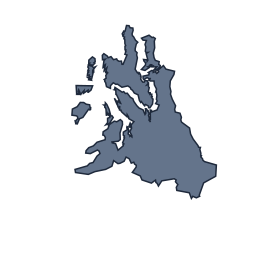 the district of Gildeskål nor, Nordland, Norway, rotated 334°
{"feature_id": "86288312B17859654216493", "entity_name": "Gildeskål nor", "entity_type": "district", "adm_level": 2, "iso_a3": "NOR", "parent_name": "Norway", "parent_adm1": "Nordland", "projection": "albers", "projection_center": [14.061, 66.984], "detail": "fine", "context": "isolated", "style": "filled", "palette": "slate", "viewbox_px": 256, "rotation_deg": 334, "n_neighbors": 0, "source": "geoboundaries", "source_scale": "gbopen_adm2", "svg_char_len": 5852}
<svg xmlns="http://www.w3.org/2000/svg" viewBox="0 0 256 256"><g transform="rotate(334 128 128)"><path d="M187.2,87.4L179.9,89.3L180.2,90.9L177.8,91.6L177.3,90.1L178.0,89.3L175.0,89.1L175.8,87.5L174.5,86.7L170.5,87.0L171.1,88.1L169.9,89.4L164.2,88.0L163.2,90.4L163.4,91.5L167.3,91.0L168.5,93.0L170.2,93.4L167.8,94.0L168.6,95.5L172.0,97.2L170.6,100.8L170.7,105.5L168.8,107.7L169.2,107.8L168.3,111.3L166.1,114.7L166.1,116.5L163.5,118.2L166.1,121.0L162.0,124.5L156.3,123.9L156.9,122.5L155.9,121.6L151.9,130.1L151.0,130.3L150.8,132.5L150.3,130.2L151.5,128.5L151.9,125.7L153.3,124.3L153.4,121.5L154.0,120.6L153.1,121.1L153.0,118.9L152.1,118.3L150.4,122.6L149.2,123.3L149.5,118.3L146.7,114.9L145.7,111.8L144.9,106.6L145.2,103.8L143.6,101.4L142.6,96.4L140.7,95.8L140.1,93.4L138.5,93.3L134.1,85.8L133.3,86.8L133.7,87.6L132.4,87.6L133.6,88.7L131.9,92.5L132.3,92.7L132.2,102.5L131.7,102.0L131.2,98.5L131.0,99.9L129.1,101.1L129.6,99.9L128.8,95.3L128.5,101.0L129.0,100.7L128.9,102.2L128.3,104.4L128.4,106.1L130.2,104.6L128.3,108.1L129.6,109.1L129.2,109.9L129.5,111.2L132.0,117.4L133.1,115.6L133.3,118.5L132.8,119.9L136.1,124.9L132.1,126.6L132.1,124.5L129.3,127.2L130.1,128.2L131.4,126.4L132.0,127.1L131.1,129.8L128.0,132.1L128.1,136.7L127.6,137.7L126.8,136.0L126.1,136.2L126.4,135.3L125.5,133.4L127.8,130.1L128.1,126.8L127.7,126.3L126.9,127.4L126.9,128.7L127.7,128.1L127.0,129.1L122.0,129.7L120.6,132.3L120.9,133.5L121.7,133.0L120.1,135.0L120.5,135.4L116.6,139.0L117.3,140.5L116.2,140.7L116.0,141.9L109.3,143.6L110.0,136.7L107.3,134.4L107.5,133.5L113.4,135.6L116.0,135.0L118.6,129.0L124.6,122.5L125.8,119.6L124.8,117.1L120.6,117.5L118.7,115.8L112.7,116.8L109.6,119.8L104.0,120.5L102.3,123.3L103.3,124.2L103.5,126.6L102.3,128.5L93.9,127.2L89.1,128.9L84.1,128.5L80.4,130.0L79.0,132.0L82.9,134.5L90.9,134.4L91.9,136.2L91.6,138.7L87.8,139.7L81.5,143.7L78.0,143.0L74.8,144.2L62.2,142.0L61.3,145.0L72.0,152.3L79.1,152.7L89.8,155.4L96.8,155.3L100.8,151.0L103.3,155.6L105.3,156.2L109.9,156.2L113.5,153.3L115.6,156.1L115.5,161.0L118.2,161.3L118.1,163.3L119.1,165.1L118.2,166.7L112.4,169.8L118.0,176.4L117.8,180.8L124.9,187.8L129.9,186.9L129.2,189.2L129.9,190.5L129.9,193.5L135.2,190.3L147.3,193.9L148.5,195.8L147.1,197.1L148.0,200.7L145.4,202.5L144.5,205.5L154.7,213.1L154.1,219.1L156.3,217.8L158.8,220.7L162.5,220.8L162.5,219.7L171.9,210.5L185.7,209.8L191.2,200.0L182.1,191.8L181.2,189.9L181.5,188.2L180.8,185.8L181.9,185.1L181.4,184.4L182.4,182.7L183.2,178.7L184.6,177.2L183.0,176.2L183.2,174.5L181.7,166.6L181.6,160.9L183.3,155.0L178.7,146.2L179.0,143.9L180.7,141.8L181.2,137.5L177.5,134.4L178.1,131.7L180.5,128.9L180.4,121.5L181.0,116.3L182.6,114.0L183.7,109.2L186.7,104.2L192.7,100.1L194.7,97.4L187.9,91.7L187.2,87.4ZM171.6,35.2L167.9,39.6L166.8,39.1L166.6,40.7L166.3,39.3L164.1,40.8L163.9,42.4L165.0,42.2L163.7,43.6L164.8,44.8L163.4,46.0L164.0,46.8L162.2,50.8L162.0,53.0L161.1,53.2L159.7,56.2L160.3,56.8L159.5,57.5L159.8,58.1L157.5,60.4L159.1,61.9L151.5,68.6L150.5,68.1L151.4,65.0L149.2,64.1L148.1,62.5L148.1,60.9L144.9,60.2L144.0,56.4L140.9,56.1L141.0,54.4L138.9,50.6L136.8,51.4L135.0,55.5L137.7,56.2L135.9,56.9L132.0,62.8L133.5,62.9L134.4,61.6L134.6,61.6L135.3,61.0L135.5,61.0L131.8,65.9L135.3,64.7L133.4,66.9L133.6,68.7L132.3,67.6L132.2,68.6L133.7,69.5L131.1,71.0L130.1,73.7L127.8,74.0L128.1,75.0L127.5,76.1L127.8,77.3L126.8,81.4L129.6,84.7L130.8,82.3L134.6,80.9L136.2,83.4L137.8,84.0L140.4,88.7L146.3,90.1L147.8,92.7L147.6,94.3L148.6,96.2L149.0,99.4L151.6,102.6L150.3,108.3L150.6,110.6L151.6,110.1L152.7,116.0L153.1,114.6L154.1,114.5L156.0,117.3L155.4,118.8L156.5,119.5L160.6,117.1L163.2,113.0L162.7,112.3L162.9,111.0L164.1,109.8L162.3,110.8L164.2,108.1L163.0,107.5L163.6,105.4L162.4,106.9L162.1,104.4L164.8,101.0L164.5,99.8L165.5,97.9L163.8,97.6L166.2,96.5L165.9,95.6L166.3,94.3L164.1,92.8L162.5,93.9L161.3,93.1L160.8,89.7L162.2,87.8L161.9,87.2L162.5,86.5L162.5,83.6L161.5,84.1L161.4,82.4L160.6,82.5L160.2,78.3L167.2,69.1L167.8,66.1L169.2,64.3L168.3,61.7L169.3,59.8L172.3,56.1L174.4,55.2L173.2,52.4L173.0,48.1L172.4,47.1L172.9,45.2L175.4,42.5L176.2,40.3L173.8,38.8L173.8,36.5L171.6,35.2ZM189.7,61.5L191.8,59.5L190.5,57.4L189.3,57.3L187.6,53.8L179.5,53.2L180.0,55.6L182.9,57.4L179.9,60.4L179.5,63.1L177.2,66.6L177.3,68.1L179.0,68.8L176.9,69.1L175.6,75.8L174.5,76.4L175.0,75.1L172.0,73.2L171.7,74.8L172.3,77.2L171.3,79.1L165.7,81.3L168.5,83.7L173.5,83.0L172.8,81.8L175.6,82.8L174.8,81.1L176.1,81.0L177.1,81.6L176.4,82.8L177.7,83.2L176.8,83.8L180.6,85.6L176.8,87.1L177.1,87.6L180.5,88.0L183.7,86.9L184.4,86.0L183.5,84.3L185.1,82.0L182.2,79.2L182.3,76.0L183.6,71.7L187.1,67.7L189.7,61.5ZM96.3,84.1L91.7,86.6L86.3,86.6L83.2,91.9L87.2,94.6L87.5,96.0L87.0,97.5L83.8,98.7L84.0,99.7L83.5,98.9L83.1,100.6L84.1,100.2L83.0,101.3L84.2,102.1L87.9,98.9L87.1,98.4L92.1,98.7L100.8,93.9L101.6,95.0L102.3,94.2L102.2,95.4L103.4,93.3L102.9,93.0L103.7,90.3L100.9,88.3L99.4,85.7L96.3,84.1ZM114.7,74.6L100.0,67.1L97.0,74.3L98.0,74.9L96.9,75.4L99.9,76.9L99.3,73.3L100.4,72.1L100.3,77.0L104.9,75.1L103.4,77.3L108.7,76.5L107.7,78.3L108.0,78.5L111.4,77.7L114.7,74.6ZM118.7,95.4L117.7,97.3L116.4,96.8L116.9,97.6L116.2,99.4L116.7,99.7L116.4,101.6L113.9,107.5L115.8,105.7L115.6,106.8L116.8,106.6L115.8,107.6L116.3,108.2L116.7,107.7L117.3,106.4L117.6,106.0L116.3,110.5L113.9,110.3L112.0,114.2L109.5,115.4L111.9,115.6L111.6,116.9L119.3,112.1L119.0,110.1L117.9,109.6L119.2,102.8L119.3,97.6L118.7,95.4ZM120.0,54.3L118.6,55.6L118.9,57.0L116.3,59.6L118.4,58.9L116.8,60.4L117.5,60.8L116.0,60.7L114.5,62.9L116.5,63.4L115.8,64.7L116.2,65.1L113.8,64.6L114.7,66.5L113.7,67.4L116.0,69.0L115.7,66.7L116.8,68.0L120.7,63.3L120.3,63.0L121.3,61.3L121.9,62.3L122.6,60.8L122.2,60.4L125.6,58.7L123.3,58.6L123.1,57.0L120.0,54.3ZM127.2,48.5L122.6,49.8L121.1,52.6L122.0,53.0L120.3,53.7L124.2,56.2L126.6,55.2L126.1,54.4L127.6,54.0L128.7,51.2L127.2,48.5Z" fill="#64748b" stroke="#1e293b" stroke-width="1.5"/></g></svg>